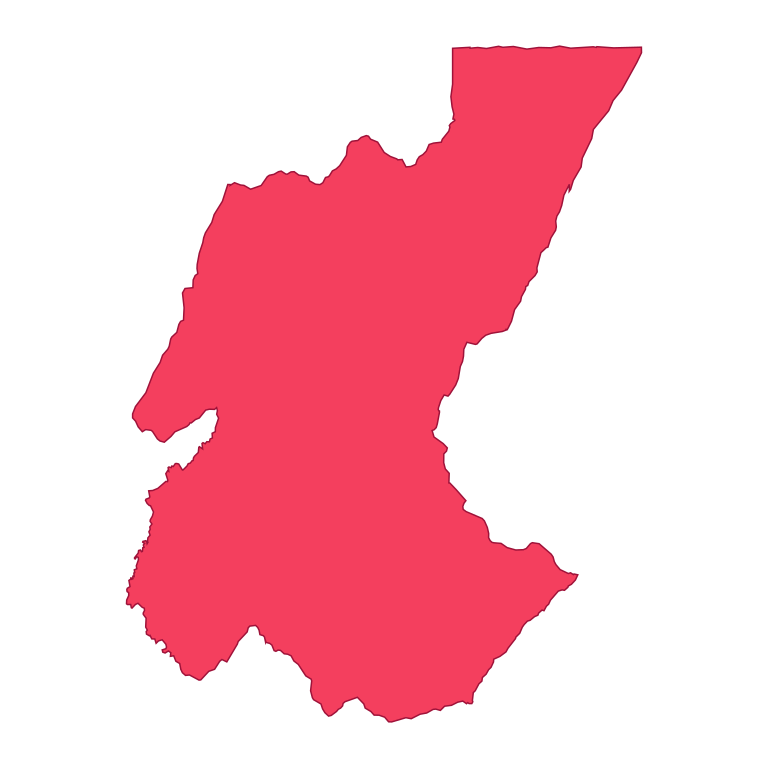 Ngara, Kagera, United Republic of Tanzania (Natural Earth projection)
{"feature_id": "72390352B68533256720623", "entity_name": "Ngara", "entity_type": "district", "adm_level": 2, "iso_a3": "TZA", "parent_name": "United Republic of Tanzania", "parent_adm1": "Kagera", "projection": "natural_earth1", "projection_center": [30.671, -2.626], "detail": "fine", "context": "isolated", "style": "filled", "palette": "rose", "viewbox_px": 768, "rotation_deg": 0, "n_neighbors": 0, "source": "geoboundaries", "source_scale": "gbopen_adm2", "svg_char_len": 6108}
<svg xmlns="http://www.w3.org/2000/svg" viewBox="0 0 768 768"><path d="M641.4,47.2L613.7,47.9L596.8,46.7L596.3,47.4L593.3,46.8L570.7,48.2L559.6,46.1L550.8,47.8L538.8,47.5L526.9,49.1L513.4,46.5L502.9,47.3L498.6,46.3L486.5,48.5L477.8,47.5L470.1,48.2L470.0,47.3L452.6,48.3L452.6,84.2L450.9,96.7L452.1,106.8L453.9,114.2L452.9,119.0L454.5,119.3L454.8,120.5L450.8,123.5L449.3,125.6L449.9,127.1L448.8,131.2L442.3,139.3L441.3,142.2L433.5,143.1L429.1,144.5L426.3,151.1L422.9,154.6L419.3,156.7L417.2,159.9L415.7,164.4L410.8,166.5L406.0,166.9L402.1,159.5L397.7,159.8L396.8,158.9L390.4,156.5L384.2,152.5L377.6,142.1L370.6,139.2L368.5,136.2L366.3,135.6L361.2,137.4L357.8,140.5L352.0,141.2L350.3,142.4L347.4,146.8L346.4,155.3L339.7,165.7L336.2,168.9L332.4,170.9L329.7,175.3L328.5,176.7L325.5,177.5L322.9,182.7L320.0,184.6L315.5,184.2L309.6,180.9L308.1,177.2L306.3,176.1L298.8,175.1L294.2,171.7L291.0,171.9L287.2,174.2L285.7,174.0L281.2,171.1L278.5,171.7L274.0,174.3L269.3,175.3L267.3,176.7L261.2,185.5L250.6,189.2L244.0,185.4L240.5,185.0L234.5,182.7L230.6,185.1L230.8,184.6L227.8,184.5L222.4,201.3L214.2,214.5L211.8,222.4L205.4,232.9L203.7,237.7L202.8,242.7L199.3,253.2L197.2,264.4L197.0,268.5L197.8,273.7L195.2,275.5L193.2,279.9L192.9,287.7L185.0,288.5L182.5,293.0L184.1,307.8L183.5,320.2L180.6,321.4L178.9,324.4L176.8,332.4L171.8,337.0L170.7,339.0L169.2,346.3L167.8,349.2L162.6,355.2L160.1,362.5L153.4,373.2L145.9,392.7L135.5,406.5L132.6,413.9L132.6,417.9L135.6,421.2L138.2,426.9L142.3,431.7L145.7,429.6L151.0,430.3L152.5,431.4L157.4,438.9L160.0,441.0L164.3,442.2L171.0,436.4L174.9,431.8L186.8,426.5L189.1,424.5L189.9,422.9L191.3,422.9L195.5,419.5L199.3,418.0L205.7,410.1L209.4,409.2L214.6,409.4L216.6,407.6L217.4,410.6L216.7,414.3L218.6,418.1L215.4,427.7L215.3,431.7L212.1,433.3L212.4,438.0L210.1,439.0L209.4,441.8L206.8,441.7L205.2,443.7L203.0,442.7L202.0,443.5L202.6,448.9L199.4,446.7L198.8,447.3L198.3,452.5L194.4,456.3L193.5,457.9L193.1,460.5L192.0,460.8L190.3,463.1L188.2,463.7L187.0,466.0L183.1,469.9L182.4,470.0L178.7,464.0L176.8,463.5L175.3,463.6L173.3,466.5L171.9,466.0L171.2,467.6L168.9,467.0L168.1,467.6L168.7,471.3L167.7,470.6L165.8,473.7L167.8,480.1L167.5,481.6L165.9,481.4L157.8,488.4L152.7,490.5L148.7,490.8L149.8,497.0L149.1,498.0L146.0,499.2L145.5,500.3L147.1,503.4L149.3,505.5L150.5,505.7L153.5,512.0L152.4,516.1L150.3,519.8L150.1,521.3L151.9,524.0L149.8,527.0L150.2,529.3L148.9,531.8L150.1,535.1L147.9,537.8L147.4,542.1L147.9,542.3L147.1,543.7L146.7,541.4L145.7,540.7L142.9,541.4L142.7,542.2L144.6,543.4L143.3,545.0L144.0,547.4L142.8,547.7L142.4,551.4L141.5,551.7L140.4,550.0L138.6,550.5L138.2,553.1L134.5,557.8L134.6,558.7L135.4,558.9L136.6,556.6L138.3,557.5L138.4,559.9L136.3,565.9L136.8,568.8L134.3,569.8L134.7,572.6L133.9,573.0L134.1,576.4L133.1,576.0L132.8,576.7L133.0,578.5L133.5,578.5L131.8,579.2L131.6,578.1L130.9,577.9L130.7,579.1L128.9,580.4L130.0,586.6L127.3,588.3L126.8,589.7L127.1,591.6L128.6,592.6L128.7,593.8L128.7,595.6L126.7,600.0L126.5,603.8L127.4,604.5L130.7,604.5L131.3,607.7L132.0,608.1L135.5,604.4L138.0,603.3L142.2,607.3L144.3,608.2L144.5,610.5L143.2,613.1L143.3,614.4L146.1,618.2L145.7,627.1L147.3,630.1L146.2,631.6L146.5,634.1L149.4,635.8L150.0,635.4L151.8,638.9L154.8,639.0L156.1,643.3L158.5,640.9L162.2,639.8L165.9,644.3L166.5,647.0L165.9,648.7L162.2,649.9L162.8,652.2L165.1,653.0L168.4,651.0L170.8,652.7L170.4,656.3L173.7,655.8L175.9,661.3L179.7,663.5L180.8,669.3L182.4,672.7L185.5,675.4L189.5,675.0L199.0,680.1L200.8,679.9L208.8,671.3L214.6,669.3L219.7,661.3L221.9,659.5L226.8,661.9L237.3,644.2L238.2,641.5L247.2,631.9L248.2,627.8L249.8,626.1L255.6,625.4L257.7,627.4L259.1,630.3L259.9,634.6L263.4,635.7L264.5,637.1L265.6,642.3L265.8,641.7L266.0,642.4L269.8,643.4L271.9,645.1L274.1,650.6L275.9,651.3L278.1,650.1L280.5,650.4L284.2,653.8L287.7,654.2L291.1,655.8L293.9,661.0L298.3,664.4L305.8,675.9L311.1,679.1L311.7,680.9L310.6,690.8L312.4,697.7L313.6,699.7L321.0,704.0L322.6,708.9L324.9,712.7L328.6,716.1L331.3,715.4L336.5,711.5L338.3,709.3L340.6,708.1L342.6,705.9L343.1,703.4L345.0,701.7L357.4,697.3L363.8,703.9L365.2,708.1L370.9,711.5L374.1,715.1L379.1,715.2L384.7,717.2L388.6,721.8L391.7,721.9L405.9,717.7L411.2,718.7L420.1,714.2L426.7,713.0L433.1,709.4L435.7,709.1L440.4,710.4L444.6,706.2L451.5,705.3L457.7,702.2L462.8,701.1L466.5,703.7L467.7,702.6L469.1,703.6L471.8,703.6L472.8,701.8L472.4,700.4L473.3,692.6L475.2,690.8L478.9,683.8L481.9,681.1L482.4,677.5L486.1,674.2L488.6,669.7L491.0,667.4L493.5,662.0L493.7,659.2L499.9,656.4L506.0,651.9L508.0,648.2L515.5,638.6L515.8,637.2L519.7,633.3L522.3,627.2L524.2,624.5L527.4,621.1L530.1,620.3L534.6,616.6L537.9,615.2L538.6,613.1L542.0,610.1L544.0,610.7L546.4,606.2L548.6,604.2L550.5,600.1L558.3,591.1L562.1,589.9L564.5,590.3L567.9,587.3L568.3,586.0L571.4,584.3L575.4,580.0L577.8,574.8L574.0,574.0L573.4,574.6L570.6,572.8L568.3,573.5L560.1,569.6L555.9,564.6L554.3,561.6L553.1,557.0L551.2,554.2L539.1,543.7L532.3,542.7L530.5,543.6L526.3,548.5L523.3,549.7L515.8,550.0L507.1,547.6L501.1,543.4L493.9,542.8L491.9,542.3L490.1,540.6L488.6,537.7L488.7,533.5L487.3,527.4L484.4,520.9L482.2,518.5L466.1,511.6L463.2,509.4L462.8,506.5L464.0,503.2L465.9,500.7L456.1,489.6L449.8,483.0L448.9,482.9L449.2,473.3L445.3,468.9L443.7,462.7L443.8,453.9L446.5,451.1L447.3,447.9L443.2,443.6L434.0,437.0L432.1,430.5L434.2,429.7L436.2,427.6L437.3,423.9L439.5,412.2L439.4,410.4L439.1,411.1L438.2,409.6L438.5,407.6L440.8,400.6L444.1,395.0L448.0,396.1L449.7,394.3L455.7,385.0L458.3,378.5L460.3,366.5L462.5,361.5L463.5,356.2L463.8,349.3L466.9,342.3L475.5,344.4L477.1,343.9L481.8,338.4L485.8,335.2L491.2,333.3L502.3,331.5L506.8,329.8L506.4,329.4L507.4,329.3L508.3,327.7L511.5,321.2L514.6,309.6L520.6,301.2L521.5,296.6L525.4,289.5L525.8,286.5L527.7,285.5L529.0,281.6L535.0,275.6L537.2,271.9L536.9,267.9L540.9,252.7L546.3,247.6L547.9,247.2L550.9,237.9L555.6,230.3L556.3,226.9L555.7,221.0L556.9,216.1L559.5,211.8L561.7,205.5L563.9,195.2L569.4,184.3L569.2,191.3L570.6,189.3L573.3,180.4L581.1,167.0L582.3,158.1L591.7,138.6L593.4,129.4L608.7,110.7L613.1,100.5L621.5,90.2L636.8,62.5L641.5,52.7L641.4,47.2Z" fill="#f43f5e" stroke="#9f1239" stroke-width="1.5"/></svg>